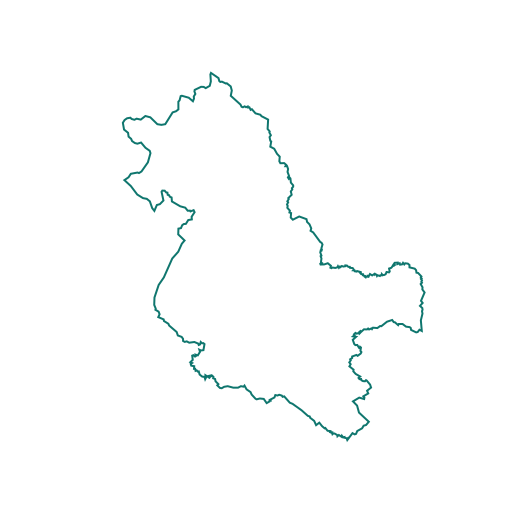 Mueang Sa Kaeo, Sa Kaeo, Thailand, rotated 302°
{"feature_id": "78962969B70177105143831", "entity_name": "Mueang Sa Kaeo", "entity_type": "district", "adm_level": 2, "iso_a3": "THA", "parent_name": "Thailand", "parent_adm1": "Sa Kaeo", "projection": "robinson", "projection_center": [102.097, 13.939], "detail": "fine", "context": "isolated", "style": "outline", "palette": "teal", "viewbox_px": 512, "rotation_deg": 302, "n_neighbors": 0, "source": "geoboundaries", "source_scale": "gbopen_adm2", "svg_char_len": 6148}
<svg xmlns="http://www.w3.org/2000/svg" viewBox="0 0 512 512"><g transform="rotate(302 256 256)"><path d="M148.8,431.0L156.9,431.7L157.0,434.2L158.2,435.1L161.2,434.6L166.1,437.3L169.1,437.2L171.0,438.9L175.2,439.5L177.8,426.3L182.7,421.0L184.1,415.3L190.6,418.6L192.0,423.5L193.3,423.0L193.9,421.4L198.9,424.0L200.6,421.6L205.4,423.3L207.4,420.9L209.0,416.0L209.0,415.1L207.5,414.8L206.6,413.0L206.5,411.2L207.4,410.3L206.4,409.0L206.9,407.6L209.0,408.2L208.8,403.0L209.8,399.6L211.3,399.0L211.9,393.7L214.4,393.6L215.2,391.5L217.8,391.6L218.3,390.6L220.4,391.6L221.7,390.8L225.3,393.6L225.2,395.1L228.8,396.5L230.4,396.3L230.9,394.8L234.0,393.5L234.1,392.7L233.1,393.2L232.6,392.4L234.2,389.0L233.1,387.5L233.4,386.0L236.2,382.5L240.5,383.7L239.3,380.9L241.2,381.5L241.5,380.6L243.5,381.1L243.5,382.5L245.4,384.1L244.9,384.8L245.7,385.0L246.5,383.9L247.8,384.4L247.5,385.4L251.0,386.4L252.6,389.1L253.9,389.5L253.6,390.8L255.8,392.3L255.5,393.1L257.2,393.2L259.2,397.1L262.4,398.4L262.9,399.5L269.7,401.9L273.9,405.4L272.9,407.8L273.4,408.9L272.7,413.2L274.0,413.1L276.0,416.3L275.6,420.7L277.1,424.0L277.0,425.3L275.5,426.7L276.1,432.3L277.2,433.4L280.1,433.7L280.3,436.3L288.8,429.9L295.4,427.7L297.2,426.0L298.7,425.7L300.0,424.6L300.6,421.5L304.5,422.2L305.4,419.7L314.4,418.3L315.8,414.8L317.7,413.8L319.5,410.5L321.3,410.9L321.7,409.9L323.3,409.7L323.9,408.1L324.7,408.4L325.3,407.0L326.3,407.1L327.5,402.5L326.9,400.9L328.8,399.3L329.4,397.3L327.7,392.2L329.7,390.9L330.0,388.8L328.9,386.4L327.4,386.2L328.1,384.3L326.3,384.3L325.0,382.8L326.0,381.7L324.3,380.4L325.5,379.7L323.7,377.2L321.3,377.1L321.8,378.4L321.0,378.0L320.9,378.7L320.4,377.3L317.7,377.0L315.9,375.5L313.7,377.6L312.6,377.5L311.6,375.2L309.2,375.6L307.6,374.6L307.0,373.6L307.3,372.4L306.3,373.0L305.6,371.7L304.7,371.7L304.1,369.3L303.2,369.2L304.0,368.2L303.9,366.9L303.2,366.7L303.7,366.0L301.1,364.8L301.1,362.2L298.8,362.3L298.5,361.5L297.8,362.1L297.1,360.4L296.0,360.4L296.1,359.0L296.8,358.8L296.3,356.9L297.2,356.4L296.4,354.8L296.8,353.5L297.2,353.9L297.9,353.4L296.8,349.7L296.1,349.6L295.4,347.9L296.0,347.3L295.5,346.3L296.1,346.5L297.0,344.4L295.8,342.0L296.5,341.3L295.7,340.1L296.1,338.2L295.4,336.8L294.7,337.2L293.3,335.6L293.0,334.1L291.3,333.5L291.5,332.8L289.9,332.6L290.8,330.9L289.5,331.0L287.9,329.6L286.7,326.9L285.7,326.5L285.5,325.3L287.4,324.7L287.9,320.7L285.0,318.3L283.0,315.3L283.4,314.7L285.0,315.5L285.1,314.4L288.6,312.8L290.1,310.9L291.0,311.3L293.1,308.6L295.1,307.9L295.3,308.7L296.3,308.5L297.1,307.4L301.0,306.3L302.0,304.5L301.9,303.1L306.3,292.0L306.3,288.9L308.7,288.2L311.2,284.6L312.0,281.2L314.0,279.3L312.4,271.7L306.3,268.0L307.0,265.1L311.0,263.0L310.6,261.3L312.4,260.7L313.5,257.0L315.3,256.3L316.1,255.0L318.6,254.8L319.0,253.6L321.7,253.6L322.2,252.7L326.8,253.8L329.2,251.3L331.7,251.5L332.5,250.5L334.5,250.8L335.6,250.1L336.7,246.7L340.0,244.1L340.2,243.4L338.8,243.0L339.6,241.4L341.4,241.6L344.0,238.2L346.8,237.1L348.7,234.7L347.8,233.4L349.3,233.3L349.7,230.7L347.6,227.5L348.7,225.6L352.8,223.5L353.8,219.7L356.6,214.6L356.3,210.2L361.2,208.2L361.3,207.1L364.0,204.5L366.3,204.6L367.8,201.9L368.9,201.6L369.9,198.5L378.1,194.0L377.5,186.6L378.1,184.8L376.7,180.0L378.3,174.7L377.1,174.0L378.6,171.6L377.7,170.7L378.5,169.8L376.9,168.7L376.9,167.1L375.2,166.1L374.9,164.7L376.2,162.6L378.5,149.7L383.5,147.8L386.4,144.7L387.0,139.7L386.3,139.1L385.8,134.7L384.7,133.5L384.9,132.2L387.0,129.9L387.4,120.8L385.8,121.1L380.1,125.2L375.8,126.6L371.7,124.4L371.7,122.1L370.4,119.8L364.4,116.0L362.9,116.6L361.3,118.7L358.3,118.7L356.6,120.0L353.8,120.5L354.6,115.1L352.6,108.2L351.7,107.4L347.5,108.7L345.7,108.4L339.2,112.5L336.4,111.5L333.6,109.2L319.7,109.2L317.1,106.3L315.5,102.5L317.6,92.9L316.1,88.0L310.6,86.0L309.2,82.0L307.1,80.7L306.3,77.9L306.7,76.2L304.5,73.7L301.7,72.5L298.4,72.5L293.3,77.1L292.7,82.2L289.7,84.7L289.2,88.0L287.8,90.0L287.6,93.4L288.4,95.9L291.3,98.4L289.2,104.9L288.9,110.1L287.3,112.0L278.1,114.7L267.0,114.1L264.3,112.8L264.0,111.3L259.4,106.3L255.2,106.2L250.6,104.2L249.0,112.8L245.2,122.7L245.2,129.5L246.6,133.1L246.1,137.0L241.6,142.6L240.4,145.9L246.7,144.9L249.0,147.0L254.0,148.1L260.4,141.9L261.8,141.9L263.0,143.9L262.3,146.2L262.8,147.3L261.1,148.7L261.5,150.2L260.6,151.4L260.9,153.4L257.7,155.8L258.0,165.4L259.5,170.4L258.2,174.1L259.5,176.0L259.1,176.8L261.8,178.8L260.6,180.7L255.2,180.6L253.0,182.2L250.6,179.5L246.1,179.5L244.8,177.8L243.0,177.1L239.9,177.6L238.1,175.7L233.1,178.6L231.3,187.2L227.1,186.6L218.4,187.8L209.5,186.3L189.0,189.2L179.9,188.8L167.0,191.9L160.6,195.6L158.2,198.9L157.1,199.2L157.2,202.9L155.5,205.1L152.4,205.5L153.3,211.3L152.1,212.4L152.1,217.6L151.0,219.2L149.5,229.0L147.2,231.8L148.0,235.8L147.1,238.0L145.3,239.2L145.4,241.1L146.9,242.5L147.1,245.3L150.4,249.3L151.1,253.4L150.2,254.6L151.3,255.4L153.8,254.7L153.4,256.6L154.2,257.5L154.0,259.0L148.3,261.3L146.7,259.4L146.5,257.6L145.0,259.3L140.9,259.3L140.3,257.0L139.2,258.0L138.4,257.6L138.7,255.4L137.7,254.7L134.4,257.4L131.2,256.6L131.4,258.5L129.9,257.8L128.7,259.2L129.8,262.0L127.5,263.2L128.1,264.2L126.6,265.6L127.6,266.3L127.1,267.9L127.8,268.6L125.6,271.0L125.2,274.3L126.2,276.4L124.6,278.2L126.7,278.0L126.6,277.3L128.1,276.3L128.0,281.0L129.0,281.1L129.2,279.4L131.2,281.4L130.5,281.9L131.2,282.7L131.0,283.9L129.6,284.5L130.0,286.5L128.3,288.1L127.4,292.0L125.8,291.7L125.0,295.4L125.7,297.0L128.2,298.3L130.6,301.0L132.3,306.5L134.9,310.6L137.6,312.2L138.6,314.7L140.0,314.9L137.9,318.7L137.7,323.5L136.2,325.7L134.7,331.2L134.8,332.5L137.2,334.8L138.9,338.3L136.9,343.0L139.9,344.6L140.7,344.0L141.2,344.9L141.7,344.2L145.8,346.6L148.3,346.1L149.1,348.2L150.6,349.2L151.3,351.9L150.7,353.2L151.9,354.3L149.5,362.4L150.0,365.3L149.3,376.5L147.9,384.7L148.4,386.6L147.5,387.7L147.0,392.7L144.4,396.6L148.2,398.0L146.7,402.2L146.2,405.5L146.9,405.9L145.7,409.3L146.9,411.8L146.1,412.0L146.6,413.3L146.0,413.1L146.2,414.4L145.4,415.3L146.7,415.7L147.1,416.8L147.2,419.8L146.3,420.6L148.1,421.1L148.0,424.4L149.1,424.1L148.5,425.9L149.0,426.5L148.5,426.5L149.5,429.6L149.0,430.1L149.7,430.3L148.8,431.0Z" fill="none" stroke="#0f766e" stroke-width="2"/></g></svg>